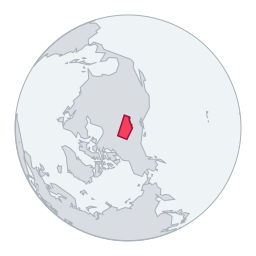 the Earth from above Alberta, rotated 203°
{"feature_id": "CAN-632", "entity_name": "Alberta", "entity_type": "Province", "adm_level": 1, "iso_a3": "CAN", "parent_name": "Canada", "parent_adm1": "", "projection": "orthographic", "projection_center": [-116.491, 54.496], "detail": "fine", "context": "on_globe", "style": "filled", "palette": "rose", "viewbox_px": 256, "rotation_deg": 203, "n_neighbors": 0, "source": "natural_earth", "source_scale": "10m", "svg_char_len": 10383}
<svg xmlns="http://www.w3.org/2000/svg" viewBox="0 0 256 256"><g transform="rotate(203 128 128)"><circle cx="128" cy="128" r="113" fill="#eef3f6" stroke="#a8b0b8"/><path d="M31.1,185.4L31.4,185.9L31.1,185.4ZM200.1,214.5L204.7,209.7L204.1,209.4L198.7,212.0L192.6,209.5L195.3,204.5L193.5,203.8L199.3,194.3L197.1,189.7L194.9,190.3L193.1,193.7L184.9,194.3L181.1,191.0L152.0,192.3L148.2,190.3L146.9,185.8L130.9,171.4L140.7,185.9L135.7,183.7L130.5,178.7L132.0,177.2L126.7,169.2L121.3,166.1L116.2,154.9L117.3,139.8L119.9,142.2L119.8,138.4L116.6,135.3L114.5,134.1L110.0,118.6L100.1,109.2L94.7,110.2L97.6,107.1L85.9,111.9L79.1,110.3L88.2,109.8L90.2,107.9L86.2,105.6L87.5,103.2L86.2,100.8L88.0,98.2L93.2,98.3L94.5,96.8L91.6,95.2L91.6,91.8L95.6,94.4L96.1,88.8L104.8,88.4L114.1,98.0L120.4,96.3L133.7,102.6L133.9,100.1L139.1,101.2L141.3,98.8L143.1,100.8L143.2,97.2L141.1,95.8L140.5,93.8L141.5,92.4L144.1,94.6L143.9,95.7L145.3,95.6L146.1,97.4L146.3,95.7L149.3,98.7L147.9,93.6L151.7,94.3L153.2,96.9L150.9,99.3L148.7,112.1L149.6,115.9L153.1,118.5L164.2,117.6L166.0,120.8L170.1,123.1L170.1,120.1L166.9,117.2L167.9,112.2L163.9,109.5L163.7,107.1L160.5,103.5L163.3,101.2L167.8,101.1L170.6,104.1L172.7,104.2L171.9,99.2L178.9,102.9L186.8,102.4L188.3,103.8L188.0,110.1L183.3,115.4L182.9,124.4L185.5,115.8L189.4,119.8L191.0,119.4L192.2,117.7L191.7,115.1L193.5,116.0L191.6,124.6L189.9,124.0L190.5,121.2L188.3,123.8L187.0,130.0L189.1,131.7L185.0,139.8L186.4,141.2L186.3,143.9L184.3,141.1L187.8,146.5L183.3,157.8L188.1,167.2L180.9,162.2L176.7,163.3L172.1,165.8L172.8,167.4L165.7,169.1L160.8,174.8L161.2,183.3L165.5,188.1L173.2,185.4L174.4,181.4L179.5,178.3L178.1,188.3L187.3,184.9L187.7,191.1L190.7,192.6L194.7,189.4L199.1,188.0L201.4,182.7L205.4,177.5L206.4,181.9L207.9,175.9L210.7,176.0L218.2,168.0L217.9,169.7L224.4,167.7L230.0,161.6L231.3,162.5L230.7,165.3L232.3,162.8L232.3,163.9L237.4,152.6L238.8,148.1L238.7,148.9L236.8,157.3L234.2,165.5L231.0,173.5L227.2,181.3L222.9,188.7L217.9,195.8L212.5,202.5L206.5,208.7L200.1,214.5ZM60.7,174.0L61.0,171.8L62.2,174.0L60.7,174.0ZM60.2,170.0L60.3,170.9L60.1,170.0L60.2,170.0ZM59.4,169.1L60.0,169.7L59.3,169.2L59.4,169.1ZM58.3,168.1L58.9,168.5L58.3,168.1ZM188.7,170.7L199.1,168.9L194.3,173.1L195.0,171.6L192.1,171.3L187.2,172.4L182.6,176.1L188.7,170.7ZM56.8,165.9L56.4,165.3L57.0,165.5L56.8,165.9ZM190.9,162.8L189.2,163.4L190.8,162.4L190.9,162.8ZM113.4,134.1L116.4,135.5L118.9,139.3L116.2,138.4L113.4,134.1ZM108.9,127.0L110.6,126.8L110.5,130.7L109.5,129.6L108.9,127.0ZM90.6,111.6L92.8,112.7L90.2,112.5L90.6,111.6ZM85.8,100.9L84.7,101.4L84.5,99.9L85.8,100.9ZM159.2,105.0L159.8,104.3L160.1,105.3L159.2,105.0ZM157.1,104.1L157.0,105.9L156.0,105.8L156.1,104.7L157.1,104.1ZM87.1,94.8L87.1,92.4L88.0,94.8L87.1,94.8ZM157.6,102.0L154.3,105.3L152.5,105.1L151.6,100.8L157.6,102.0ZM87.7,91.0L87.7,85.5L85.4,86.0L91.8,81.6L89.7,87.7L91.2,90.5L89.2,89.8L87.7,91.0ZM140.0,96.0L142.3,97.4L139.4,97.7L140.0,96.0ZM138.3,96.7L130.3,100.6L127.4,98.0L130.7,97.1L126.2,94.9L128.7,91.7L131.8,92.1L133.1,94.5L133.1,91.5L138.3,96.7ZM95.4,80.2L96.1,78.9L96.3,80.3L95.4,80.2ZM140.0,93.1L138.6,94.0L136.1,91.8L138.3,89.4L138.4,90.9L140.0,93.1ZM123.8,96.0L122.3,94.0L123.9,90.8L123.5,89.6L128.5,91.4L123.8,96.0ZM139.5,90.7L139.5,88.3L141.7,88.1L141.1,92.0L139.5,90.7ZM134.4,92.2L133.3,91.0L134.7,90.9L134.4,92.2ZM149.5,86.2L147.9,87.2L146.4,86.1L149.5,86.2ZM139.4,87.5L138.6,87.6L137.9,87.3L138.3,85.8L139.4,87.5ZM129.4,89.0L130.4,88.2L127.4,88.1L128.5,85.8L131.7,87.5L130.8,85.8L131.1,85.1L133.3,87.3L129.4,89.0ZM136.5,83.4L140.8,84.9L144.1,83.1L145.5,84.0L140.0,86.8L136.5,83.4ZM134.4,85.5L136.0,84.4L136.9,86.0L136.4,87.7L134.4,85.5ZM128.1,83.7L125.6,86.8L125.0,86.4L128.1,83.7ZM137.2,82.5L136.1,82.2L137.3,82.2L137.2,82.5ZM130.7,83.0L129.9,84.1L129.2,83.5L130.7,83.0ZM134.7,80.7L136.1,81.1L135.8,82.3L134.7,80.7ZM132.7,81.4L132.0,80.4L134.8,82.4L132.5,82.0L132.7,81.4ZM130.2,82.3L129.6,82.3L130.6,81.9L130.2,82.3ZM135.0,76.1L138.6,78.3L138.0,80.8L134.5,78.3L135.0,76.1ZM236.3,97.1L235.6,97.7L233.3,92.0L231.1,89.5L213.6,63.6L211.9,59.4L200.4,45.5L199.4,44.0L202.9,45.9L196.1,38.5L191.3,35.2L182.9,29.6L180.5,28.3L187.6,32.4L194.5,37.1L201.0,42.2L207.1,47.8L212.8,53.8L218.0,60.2L222.7,67.0L226.9,74.1L230.6,81.6L233.8,89.2L236.3,97.1ZM174.9,25.6L169.5,23.6L180.9,29.3L180.7,30.1L169.8,25.2L159.5,21.0L159.1,21.2L163.8,23.9L159.6,23.3L165.2,25.0L164.3,24.1L167.8,25.3L168.9,26.3L167.3,25.9L169.9,27.5L176.6,29.0L176.4,28.2L184.3,32.8L184.7,32.0L187.5,33.5L187.8,35.5L186.4,35.2L188.5,40.3L190.8,41.0L188.9,36.3L190.3,37.7L193.4,38.8L192.2,39.0L193.7,44.3L199.5,50.2L210.3,58.6L213.1,62.9L213.9,66.6L206.7,63.7L201.3,54.6L198.7,53.7L197.0,56.3L195.5,53.4L194.2,53.4L191.9,50.4L185.9,47.2L183.1,44.4L178.1,44.5L176.0,43.2L179.6,43.5L180.6,42.3L173.4,36.3L171.2,35.5L168.5,36.1L166.9,34.5L165.2,35.9L159.8,33.5L165.0,37.7L162.0,38.9L157.3,38.3L157.2,39.5L164.9,40.5L167.1,40.3L167.5,38.8L174.4,39.2L177.4,41.1L173.8,43.7L177.7,46.7L173.1,47.8L155.2,44.0L149.0,42.0L144.5,35.1L147.5,34.5L150.6,36.6L150.1,33.1L149.0,34.1L147.6,32.9L144.4,33.9L143.3,33.2L142.1,35.6L140.4,34.8L141.2,33.2L134.9,34.4L130.6,33.4L129.7,34.0L130.0,35.0L124.3,33.2L123.9,33.8L125.6,34.6L126.0,36.4L124.3,38.8L122.4,38.1L122.8,37.1L120.7,34.0L121.9,31.6L120.9,31.6L119.5,33.4L122.0,37.2L121.6,38.9L119.9,37.2L120.5,38.0L119.7,38.6L117.1,38.6L118.7,40.5L112.3,49.3L106.7,50.3L106.0,47.7L99.5,53.7L93.7,54.8L95.3,55.5L93.2,59.1L95.0,58.8L95.6,59.4L91.2,69.1L88.8,70.9L88.7,76.3L89.5,76.7L91.3,75.6L91.8,81.6L85.4,86.0L83.8,84.8L80.8,88.6L77.8,85.4L73.9,84.7L72.3,79.4L69.4,79.5L68.5,81.0L63.9,82.4L57.2,80.5L66.3,75.4L77.0,78.0L73.0,76.2L75.0,74.7L74.2,73.0L71.3,72.1L70.3,73.1L71.2,62.7L66.3,57.9L63.9,62.3L60.6,64.5L52.9,64.0L50.2,55.3L45.6,58.9L44.1,59.4L45.2,56.7L47.5,55.8L50.3,52.9L51.4,52.9L54.0,48.6L55.7,48.6L56.9,45.4L54.4,46.9L51.5,50.6L51.7,48.1L46.4,52.7L43.7,54.5L45.5,51.3L51.4,45.5L57.6,40.0L64.3,35.1L71.3,30.7L78.6,26.8L86.2,23.4L94.0,20.6L102.0,18.4L110.1,16.8L118.4,15.8L126.6,15.4L134.9,15.6L143.2,16.4L151.4,17.8L159.4,19.8L167.3,22.4L174.9,25.6ZM221.9,71.9L223.0,72.8L221.9,71.9ZM150.1,17.7L142.9,16.4L143.7,17.0L141.0,16.7L142.2,17.1L143.7,17.1L146.4,18.4L142.4,18.1L142.0,18.6L144.4,19.1L151.2,19.6L147.5,17.6L150.2,17.9L150.1,17.7ZM218.4,167.7L219.4,167.6L218.3,168.9L218.4,167.7ZM194.2,175.6L196.1,174.4L197.3,174.5L195.9,175.7L194.2,175.6ZM209.1,163.8L211.0,162.5L209.2,164.7L209.1,163.8ZM200.6,168.5L207.5,165.1L204.0,169.9L199.6,172.1L202.3,169.4L200.6,168.5ZM191.2,166.4L192.5,166.0L192.5,167.2L191.2,166.4ZM192.1,162.0L191.6,162.4L190.7,162.0L192.1,162.0ZM189.5,119.3L189.7,118.6L191.2,117.3L191.0,118.8L189.5,119.3ZM194.3,106.8L197.1,108.6L195.0,108.3L195.4,110.5L191.4,112.9L188.9,104.6L190.8,107.9L194.3,106.8ZM185.4,114.0L188.2,113.3L185.2,114.4L185.4,114.0ZM188.9,57.3L189.1,55.8L191.3,56.4L194.8,60.5L191.6,59.5L188.9,57.3ZM188.7,53.5L184.1,55.4L181.8,53.1L183.9,54.0L182.8,52.4L185.9,53.4L188.1,49.7L190.2,50.1L195.5,57.0L192.6,54.4L192.7,56.0L188.7,53.5ZM176.5,65.7L174.5,67.0L172.0,60.4L174.2,60.1L177.8,63.9L177.3,66.6L176.5,65.7ZM156.5,94.0L155.9,95.3L155.2,94.6L155.1,93.0L156.5,94.0ZM148.9,86.8L158.4,88.0L158.2,89.4L164.1,88.7L165.8,92.3L161.9,92.6L167.7,94.9L164.9,96.6L168.8,97.8L160.0,98.2L157.7,100.0L159.6,96.6L158.1,93.2L156.8,92.3L151.3,91.1L145.6,93.6L143.2,90.8L143.0,88.2L144.0,87.2L145.3,89.3L145.7,86.4L148.3,88.7L148.9,86.8ZM142.2,62.0L143.2,64.4L144.5,59.9L147.1,61.8L147.1,61.2L149.8,61.7L153.1,61.4L154.0,62.6L154.9,61.9L156.7,62.4L158.3,61.9L160.3,64.0L162.4,63.7L162.2,64.8L165.2,63.8L163.9,65.5L166.1,66.4L166.2,64.2L173.5,77.3L177.6,81.7L181.7,84.6L178.9,87.4L173.3,86.7L166.7,84.1L163.2,79.5L162.6,81.8L160.7,80.3L162.0,79.2L158.9,80.1L157.7,78.6L151.9,76.8L148.2,79.3L145.9,78.8L146.8,77.1L144.0,77.9L144.1,74.4L142.5,74.0L141.0,70.3L143.5,67.4L141.6,67.2L140.3,64.5L142.2,62.0ZM134.7,75.0L137.2,70.9L139.8,69.9L141.3,76.8L142.7,77.6L143.8,82.2L140.0,83.5L140.0,82.1L139.2,81.0L140.7,81.0L138.8,80.2L138.8,78.2L137.4,77.0L138.6,76.0L134.7,75.0ZM196.8,42.2L195.7,41.0L193.7,39.3L195.6,40.1L196.8,42.2ZM198.0,45.7L196.8,44.6L198.5,44.7L199.6,46.0L198.0,45.7ZM194.7,44.1L196.6,44.6L196.3,45.0L194.7,44.1ZM178.3,42.6L176.9,41.6L177.3,41.3L178.8,41.6L178.3,42.6ZM146.6,49.9L146.8,51.2L146.0,51.3L144.2,53.8L142.1,52.7L142.4,50.7L146.6,49.9ZM172.3,24.7L175.1,25.8L175.8,26.2L174.7,25.7L172.3,24.7ZM186.6,32.6L184.0,30.8L187.1,32.9L186.6,32.6ZM144.1,49.1L143.5,50.2L142.8,49.0L144.1,49.1ZM140.5,52.0L139.5,50.8L141.7,52.8L140.5,52.0ZM41.6,56.1L40.3,57.4L40.2,57.5L41.8,55.6L41.6,56.1ZM125.8,42.7L130.7,40.3L132.8,38.2L131.9,36.1L135.3,38.1L132.0,41.4L125.8,42.7ZM114.2,48.5L115.0,50.5L113.3,50.5L112.9,50.0L114.2,48.5ZM115.6,49.1L119.2,49.9L118.8,51.6L116.1,50.6L115.6,49.1ZM131.8,48.9L133.4,48.3L133.9,49.3L131.8,48.9ZM31.4,185.8L30.3,184.0L31.1,185.4L31.4,185.8ZM39.2,65.6L40.6,64.7L39.8,66.7L39.0,66.8L39.2,65.6ZM38.3,73.2L40.0,67.0L41.6,62.4L40.3,64.1L39.0,63.8L42.1,60.8L42.3,63.4L40.7,67.1L42.2,67.3L42.2,70.0L44.8,69.1L45.4,70.3L42.5,72.3L38.3,73.2ZM46.1,68.5L50.7,68.5L48.3,72.9L46.8,73.9L45.6,72.0L47.0,69.8L46.1,68.5ZM51.1,69.8L52.5,67.7L62.1,64.3L63.5,64.8L54.9,69.4L55.7,67.7L53.8,67.8L51.1,69.8ZM95.0,78.8L96.0,78.9L94.9,79.6L95.0,78.8ZM96.7,59.1L97.3,60.1L96.0,60.8L96.7,59.1ZM98.3,63.2L99.4,61.7L99.0,63.6L98.3,63.2ZM101.7,58.4L100.2,61.3L100.5,58.1L101.7,58.4Z" fill="#d9dde1" stroke="#a8b0b8" stroke-width="1"/><path d="M136.4,138.4L131.1,138.7L131.0,138.4L130.9,138.4L130.7,138.4L130.7,138.2L130.4,138.0L130.4,137.9L130.5,137.7L130.4,137.7L130.2,137.6L130.3,137.5L130.3,137.4L130.4,137.2L130.3,136.9L130.3,136.7L130.2,136.6L130.2,136.4L130.2,136.2L130.0,135.9L129.9,135.7L129.7,135.7L129.5,135.4L129.4,135.4L129.2,135.3L129.2,135.2L129.1,134.9L128.9,134.8L128.9,134.7L128.7,134.7L128.6,134.4L128.4,134.4L128.3,134.2L128.2,134.1L128.2,133.9L128.0,133.7L127.9,133.6L127.9,133.4L127.7,133.3L127.6,133.5L127.4,133.4L127.4,133.2L127.2,133.0L127.2,132.9L127.0,132.7L126.9,132.6L126.7,132.6L126.4,132.4L126.5,132.3L126.5,132.2L126.4,132.1L126.2,132.0L126.2,131.9L126.2,132.0L125.9,132.2L125.9,131.9L125.8,131.7L125.8,131.4L125.7,131.4L125.7,131.2L125.4,131.0L125.4,130.9L125.3,130.7L125.2,130.5L125.1,130.4L125.0,130.5L124.9,130.6L124.7,130.5L124.7,130.4L124.6,130.2L124.4,130.1L124.2,130.1L124.1,129.9L124.0,129.7L124.0,129.4L123.9,129.3L123.9,129.2L124.6,117.1L134.4,116.9L136.4,138.4Z" fill="#f43f5e" stroke="#9f1239" stroke-width="1.5"/></g></svg>